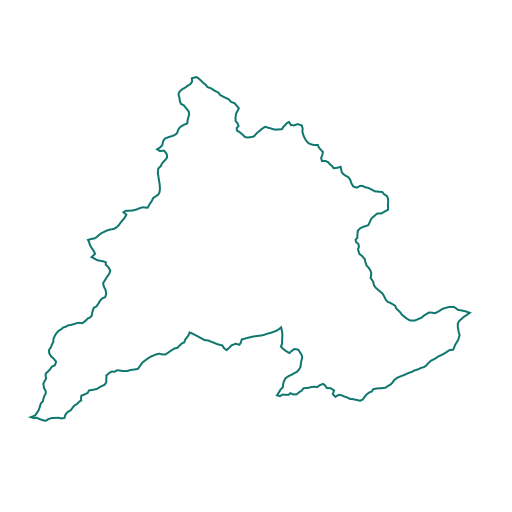 outline of Santo Antônio do Monte, Minas Gerais, Brazil, rotated 273°
{"feature_id": "56859067B70923640932265", "entity_name": "Santo Antônio do Monte", "entity_type": "district", "adm_level": 2, "iso_a3": "BRA", "parent_name": "Brazil", "parent_adm1": "Minas Gerais", "projection": "natural_earth1", "projection_center": [-45.306, -20.094], "detail": "fine", "context": "isolated", "style": "outline", "palette": "teal", "viewbox_px": 512, "rotation_deg": 273, "n_neighbors": 0, "source": "geoboundaries", "source_scale": "gbopen_adm2", "svg_char_len": 6056}
<svg xmlns="http://www.w3.org/2000/svg" viewBox="0 0 512 512"><g transform="rotate(273 256 256)"><path d="M263.3,87.4L261.1,88.7L258.8,89.3L256.0,91.0L252.8,93.5L249.8,95.2L246.3,91.9L244.9,95.0L243.5,97.6L243.1,100.5L242.8,103.1L242.0,106.3L239.4,106.4L237.2,109.1L234.0,111.2L230.8,110.5L227.9,108.6L223.7,106.3L220.7,104.7L217.4,105.7L213.9,107.7L210.2,108.4L207.0,107.5L205.6,104.6L203.3,102.7L200.2,101.1L197.2,99.2L195.7,96.6L191.0,95.4L188.2,95.2L186.3,94.0L184.6,91.1L182.3,89.1L179.8,86.1L180.0,82.7L179.4,80.0L178.4,77.5L177.5,75.0L176.9,72.0L175.4,69.7L174.5,67.2L172.6,65.3L170.9,62.7L167.8,60.3L165.1,59.0L162.7,58.1L159.4,58.0L156.9,56.8L154.2,56.0L151.3,54.2L148.0,54.6L144.8,56.8L143.0,59.2L140.0,61.9L136.5,61.0L134.8,58.0L131.8,56.0L129.5,54.1L127.7,52.2L125.5,52.1L122.9,52.9L120.3,51.6L117.3,50.3L113.0,51.2L110.1,53.1L107.6,53.2L104.5,51.7L99.8,50.7L97.4,48.8L94.0,48.0L90.6,47.0L88.0,45.5L85.1,43.7L83.3,39.6L82.4,43.0L83.0,45.7L81.8,48.4L80.9,51.6L80.4,54.8L82.2,57.1L83.5,60.6L83.8,63.9L84.1,67.1L83.6,70.3L84.3,73.2L87.7,74.0L90.3,76.0L92.3,79.1L95.4,81.1L97.2,82.5L98.7,84.9L101.1,86.9L102.6,89.0L105.0,88.7L107.4,88.9L108.6,91.7L110.4,95.0L113.1,96.4L113.9,100.4L114.9,104.0L116.8,106.7L118.1,108.9L119.5,111.6L122.4,113.2L125.3,112.9L128.9,112.9L131.5,115.5L133.1,118.1L133.0,120.9L134.6,123.2L134.5,125.9L134.1,129.2L134.4,133.5L135.6,136.7L136.2,140.1L137.1,144.0L139.8,145.7L143.4,147.9L145.9,150.7L147.8,153.1L149.8,155.8L152.5,161.4L153.4,164.5L152.8,167.4L152.9,170.6L155.1,173.6L157.7,176.9L159.4,179.6L160.2,182.3L162.6,184.4L164.8,186.5L166.0,188.9L168.4,189.5L172.9,192.5L176.2,193.8L174.8,197.4L172.9,201.6L169.3,209.1L169.2,212.7L168.2,215.2L167.3,218.1L165.9,222.1L164.9,227.0L162.1,229.1L160.5,231.5L163.2,234.3L165.5,236.2L167.3,240.3L166.5,244.1L168.8,245.4L171.9,246.1L172.9,249.2L174.2,253.1L175.3,257.0L176.1,260.7L176.8,265.0L177.6,268.0L178.8,270.9L180.0,274.6L182.2,279.9L184.2,282.9L186.1,284.8L182.7,285.8L179.5,286.4L175.5,286.5L172.3,286.5L169.8,286.7L166.9,285.6L164.8,287.8L162.6,291.0L160.8,294.4L162.9,296.4L165.1,299.2L164.7,303.1L161.9,305.1L159.9,306.6L157.1,307.5L153.4,306.7L150.2,306.4L147.6,306.2L145.1,305.0L142.6,303.1L141.0,300.3L139.3,297.8L137.8,294.9L135.4,291.8L131.9,290.3L129.0,289.8L126.4,289.7L123.8,287.4L120.8,285.9L118.0,284.3L117.3,287.3L119.0,289.8L118.9,292.8L119.1,295.9L120.8,297.5L119.7,300.4L120.0,303.8L122.1,306.1L123.9,308.6L126.5,310.6L127.0,314.8L128.1,318.5L128.5,321.4L128.2,323.9L130.3,326.4L131.8,329.6L130.4,331.7L127.8,333.7L127.9,337.5L125.8,341.0L122.1,339.9L119.5,342.7L121.6,345.6L121.5,348.5L120.4,351.1L119.5,354.6L118.2,357.3L118.1,360.3L117.6,363.6L116.9,367.5L118.3,370.2L120.5,371.4L123.3,373.5L125.5,376.0L126.7,378.6L129.2,380.2L130.1,384.1L130.6,388.6L131.2,392.1L133.1,394.6L134.7,397.1L136.7,398.9L139.4,400.5L141.8,403.5L143.5,406.9L145.1,410.5L147.2,414.6L148.4,417.6L150.0,420.2L151.3,423.8L152.9,426.6L153.8,429.5L155.3,431.5L157.8,433.5L160.7,436.3L162.5,439.7L165.3,443.4L167.7,448.0L169.8,451.0L172.1,454.1L172.8,457.8L175.4,458.8L177.6,459.5L180.0,460.8L182.7,462.2L187.5,463.5L190.2,462.5L195.8,461.2L199.3,461.1L202.0,462.5L203.7,464.3L205.7,466.2L207.9,469.2L210.4,472.4L211.6,468.6L212.3,464.6L212.8,460.5L214.3,458.4L215.5,456.2L215.3,451.9L214.2,448.3L212.9,444.9L210.3,441.4L208.2,437.7L208.7,434.4L208.5,431.5L206.8,429.1L205.3,426.8L203.2,424.7L201.5,421.4L199.8,417.8L199.7,413.0L201.7,409.3L205.1,404.7L207.6,402.7L209.3,400.7L210.9,398.8L213.6,397.6L215.1,394.8L216.2,392.5L217.1,389.9L219.1,387.9L221.3,386.7L223.5,385.4L225.4,384.0L227.6,381.0L230.3,377.5L233.0,375.3L235.9,374.6L238.1,373.2L240.0,371.6L243.1,372.0L245.5,371.9L247.8,370.8L249.8,369.4L252.5,366.8L255.8,365.5L258.5,364.8L261.5,362.0L263.4,359.2L265.7,358.3L267.9,357.5L270.7,358.3L273.4,357.6L275.3,355.1L277.5,354.6L279.4,356.2L282.6,356.2L286.6,356.3L289.2,358.7L290.5,361.0L291.5,363.6L292.4,366.2L294.6,367.4L297.7,368.5L299.8,369.5L301.7,371.6L304.7,374.7L305.1,379.1L307.4,382.6L309.2,385.5L312.1,385.3L314.4,385.0L317.4,385.2L320.0,384.8L322.6,383.8L324.3,380.8L326.5,378.7L326.8,371.3L328.7,367.3L330.0,364.2L330.3,361.5L331.5,359.0L331.5,356.3L329.5,353.2L330.5,349.5L333.7,347.4L337.3,346.0L339.6,344.0L340.8,341.4L342.1,339.3L343.9,337.3L346.2,336.7L349.5,335.8L348.2,332.0L347.7,328.9L349.8,327.3L351.3,325.2L353.5,323.1L354.6,320.1L354.2,316.9L357.3,315.9L360.9,317.1L363.5,317.3L365.5,315.1L367.8,313.0L370.1,311.9L369.8,308.2L370.6,304.5L371.7,302.1L374.0,299.9L377.5,297.7L380.2,296.6L382.9,295.7L385.2,296.0L388.7,295.0L389.9,290.8L388.4,287.1L388.6,284.0L391.6,281.9L390.1,279.6L388.2,278.2L386.3,276.5L384.0,275.3L383.5,271.4L383.2,267.9L384.1,264.4L384.9,260.8L385.5,258.3L383.1,255.0L380.8,252.6L378.2,249.9L375.6,248.0L374.6,245.6L373.9,241.5L374.2,238.7L376.0,236.9L377.6,234.9L379.0,232.9L380.3,230.4L382.7,230.0L385.0,231.8L387.4,230.7L389.9,228.5L393.5,228.3L397.1,228.6L400.2,230.1L402.7,231.1L407.4,226.7L408.6,223.1L411.2,220.3L413.0,215.7L414.9,211.8L417.3,209.7L418.8,206.2L421.1,202.3L422.2,198.6L424.4,196.8L426.5,193.8L428.5,191.6L430.3,189.4L431.6,187.1L430.1,182.6L426.9,183.1L424.1,181.4L422.4,178.7L420.6,176.7L418.6,173.5L416.4,171.2L413.6,170.1L409.6,171.3L406.3,172.0L403.9,173.2L402.8,175.9L400.1,178.3L396.8,181.3L393.5,181.8L390.7,181.1L387.9,180.6L384.8,180.4L383.3,177.3L381.6,174.5L379.5,172.5L376.7,171.3L374.5,170.8L372.3,168.1L371.2,165.4L370.0,162.2L368.5,158.9L366.2,157.4L361.5,156.5L359.1,154.2L357.4,151.7L355.8,154.4L356.4,158.6L354.1,160.8L352.0,161.9L349.7,162.0L347.5,160.6L345.1,158.5L343.1,157.1L340.9,156.3L338.2,153.8L334.0,153.6L328.6,154.7L322.7,156.0L320.3,156.3L317.2,156.6L314.3,156.2L312.2,155.2L310.5,153.0L308.5,150.3L305.6,149.1L302.5,147.2L298.5,145.2L298.7,140.2L297.7,137.4L296.2,134.3L295.0,130.5L294.6,127.2L294.3,123.6L292.8,121.4L290.4,124.4L287.1,122.7L284.4,120.6L282.2,119.0L279.9,117.6L277.5,115.5L275.6,112.7L274.8,109.0L273.7,106.0L272.3,103.3L270.7,100.4L268.8,98.1L266.5,95.9L265.1,93.8L264.4,90.7L263.3,87.4Z" fill="none" stroke="#0f766e" stroke-width="2"/></g></svg>